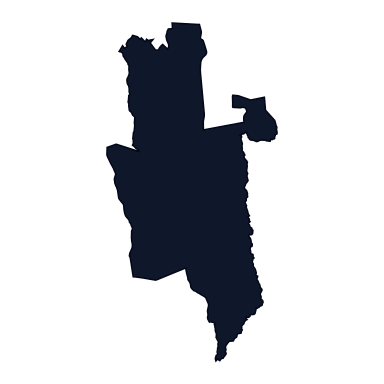 Ol Kalou, Central, Kenya (Albers equal-area conic projection)
{"feature_id": "3690345B95130653030363", "entity_name": "Ol Kalou", "entity_type": "district", "adm_level": 2, "iso_a3": "KEN", "parent_name": "Kenya", "parent_adm1": "Central", "projection": "albers", "projection_center": [36.373, -0.309], "detail": "fine", "context": "isolated", "style": "filled", "palette": "ink", "viewbox_px": 384, "rotation_deg": 0, "n_neighbors": 0, "source": "geoboundaries", "source_scale": "gbopen_adm2", "svg_char_len": 6025}
<svg xmlns="http://www.w3.org/2000/svg" viewBox="0 0 384 384"><path d="M215.9,361.0L217.0,359.9L217.3,358.9L218.2,359.4L218.8,360.0L219.8,360.7L220.7,359.4L221.6,358.5L223.1,358.3L224.1,356.6L224.8,355.9L225.9,354.4L226.2,353.3L225.4,352.0L225.6,350.7L226.0,349.8L225.8,348.8L225.5,347.8L225.7,345.9L228.6,341.9L229.6,341.2L232.1,341.1L233.4,340.9L234.3,338.9L235.2,338.0L236.3,337.4L236.8,336.6L237.0,335.3L237.5,333.9L238.9,333.5L240.2,333.3L241.2,333.0L241.3,331.6L241.7,330.7L242.3,329.9L241.8,329.0L241.6,328.2L241.8,327.0L241.6,326.1L242.3,325.2L243.9,323.7L244.2,322.3L244.9,321.2L245.8,320.2L247.1,319.6L245.6,317.8L246.5,317.2L248.4,317.4L249.3,316.9L250.0,316.2L250.1,315.1L251.3,314.5L252.7,314.6L253.8,314.4L254.7,313.9L255.2,313.0L255.6,311.0L255.9,310.2L256.1,308.3L257.1,308.3L258.0,307.7L259.0,307.3L259.9,306.2L261.1,305.8L262.0,305.3L262.3,304.4L262.5,303.4L263.1,302.3L262.6,300.4L261.6,299.6L260.8,298.7L261.1,297.4L261.0,296.2L260.6,295.4L260.3,294.5L260.4,293.3L261.9,290.6L262.0,289.5L260.5,287.6L259.9,285.8L259.7,284.5L258.9,283.6L258.0,281.1L257.2,280.1L256.8,278.8L257.4,277.5L257.7,276.2L256.6,275.8L256.1,275.1L255.8,274.3L256.3,273.1L256.1,272.1L255.4,269.7L254.8,268.4L253.4,266.7L253.2,263.9L252.5,262.5L252.2,261.0L252.9,259.9L252.9,258.7L254.0,258.0L252.8,256.2L253.2,255.1L252.8,254.3L250.7,253.7L250.7,251.4L250.0,248.8L250.7,247.4L250.6,246.1L252.0,246.3L252.3,245.0L252.1,243.7L251.2,242.8L251.1,241.3L250.6,238.9L250.0,237.8L249.1,237.3L249.1,236.4L248.6,235.2L249.5,234.7L250.6,234.8L251.8,234.6L252.6,233.5L252.9,230.4L252.0,229.1L251.6,228.0L249.8,226.7L249.6,225.1L248.7,224.3L248.6,223.0L250.1,221.6L249.1,220.5L249.4,219.1L248.4,218.1L248.2,216.6L249.4,215.8L248.8,215.0L247.9,212.8L247.8,211.8L246.1,206.9L246.6,205.7L245.9,204.4L245.0,202.2L246.3,200.5L246.2,198.1L247.2,197.4L247.7,196.5L247.4,195.5L247.5,193.4L246.5,190.5L244.9,188.9L244.2,187.7L245.4,184.9L245.7,183.8L247.4,181.7L248.1,180.3L247.6,179.2L247.4,177.9L247.0,176.7L247.0,175.5L247.3,174.5L247.7,173.4L246.7,171.4L246.7,170.3L247.2,166.5L247.2,165.3L246.8,164.0L247.3,163.0L247.4,162.0L246.5,161.5L246.6,160.5L245.8,160.0L245.2,159.1L244.4,158.3L244.2,157.2L243.9,156.1L244.9,155.1L243.6,152.4L242.0,150.5L242.2,149.4L242.3,148.4L242.0,146.5L242.0,145.6L242.4,143.8L241.6,141.0L241.0,139.5L241.1,138.2L241.7,136.9L239.9,135.4L240.4,134.6L241.4,135.0L241.8,133.8L242.5,133.1L243.0,134.0L244.1,133.6L245.0,132.4L246.3,132.1L246.2,133.0L246.9,133.5L247.5,135.4L248.1,136.2L248.1,137.3L248.8,137.9L249.3,138.9L250.3,139.9L251.5,140.1L252.6,140.2L254.0,140.5L256.2,141.5L257.4,141.5L258.2,141.2L259.9,140.3L260.9,140.1L265.2,140.2L266.3,140.8L270.1,141.3L270.8,139.0L272.1,139.7L273.0,138.9L273.9,139.0L274.7,138.5L274.6,136.9L275.3,135.5L275.0,134.7L275.8,134.3L276.8,134.1L277.1,132.9L276.8,130.5L276.4,129.4L276.8,128.0L276.8,126.8L276.1,125.8L275.8,124.2L274.7,120.4L265.5,110.2L264.4,97.2L250.7,100.0L238.2,95.7L232.8,95.2L232.5,96.1L232.7,103.9L232.6,106.4L232.9,107.4L240.3,107.8L242.8,107.3L243.7,107.4L245.0,107.8L246.0,108.8L246.3,110.0L246.8,110.7L246.7,112.0L244.3,115.2L243.8,116.9L243.7,120.2L244.0,121.3L244.0,122.3L203.4,129.9L203.3,121.4L204.2,116.5L204.3,114.3L200.5,73.2L200.3,70.0L200.4,67.8L200.7,62.6L201.2,60.4L202.2,58.5L203.0,57.4L205.7,54.8L206.3,53.7L206.6,52.5L206.5,51.4L204.5,44.6L203.1,40.5L202.2,39.7L201.4,39.4L200.6,38.6L200.4,37.6L201.2,33.5L201.3,32.3L201.2,31.2L199.4,24.4L197.3,24.4L172.1,23.0L172.4,27.1L172.3,28.4L170.8,28.9L169.4,28.8L168.3,29.0L167.2,31.2L167.0,32.6L166.0,36.1L166.7,40.0L168.4,43.9L168.7,45.0L168.7,46.4L168.2,48.0L167.3,48.9L162.7,44.4L161.5,45.4L160.0,47.1L158.5,49.6L157.8,50.2L156.7,50.0L155.6,50.2L150.2,42.9L153.0,39.5L149.8,40.1L148.9,40.7L146.5,39.2L146.0,40.3L145.8,41.3L144.9,41.6L141.3,37.9L140.2,39.5L137.6,36.8L133.7,35.6L132.5,35.4L131.7,37.2L131.1,37.9L128.2,40.2L127.7,41.0L126.2,44.3L127.2,46.5L124.5,48.3L122.6,45.7L119.1,51.5L120.1,51.8L121.2,52.0L122.1,52.7L122.9,53.5L123.1,55.6L123.5,56.6L124.8,58.3L125.2,59.4L125.7,60.1L126.3,60.7L126.7,61.5L127.4,62.3L127.9,63.1L128.0,64.2L129.0,66.0L128.9,69.4L129.0,70.9L129.3,72.3L129.2,73.7L128.9,74.8L127.7,77.8L127.1,78.7L126.9,80.3L127.2,82.9L127.6,84.1L128.5,85.7L128.9,86.8L129.2,89.3L129.1,90.7L129.2,91.7L129.3,92.6L129.8,93.8L129.5,94.8L128.7,95.6L128.7,97.2L128.5,98.7L128.5,99.8L128.1,101.9L128.4,102.9L128.9,104.0L128.7,105.3L129.3,110.3L130.0,111.3L131.3,112.2L132.7,115.2L133.9,116.1L134.7,117.3L134.8,118.3L134.6,119.6L134.6,120.9L134.4,121.8L134.4,122.9L134.7,125.7L134.2,130.2L134.3,131.4L133.5,132.2L132.8,138.8L133.3,139.7L133.2,141.0L133.4,143.0L132.5,145.3L133.7,146.0L135.7,148.1L136.4,148.7L137.5,149.4L138.6,150.3L139.0,151.5L116.2,144.2L107.1,147.4L106.9,155.0L107.6,156.9L110.8,163.6L113.3,168.1L114.3,170.6L115.6,173.5L115.6,174.7L114.7,177.4L114.3,179.5L114.6,180.8L114.8,182.9L115.1,183.8L115.8,185.8L116.4,186.8L117.6,190.3L118.6,197.5L118.9,198.6L120.8,201.2L122.7,203.4L123.5,204.7L123.8,206.2L124.0,209.5L124.6,212.9L125.1,214.5L125.7,216.0L126.6,217.2L128.5,219.4L129.2,220.4L129.4,221.9L130.0,222.9L130.9,223.7L131.1,225.2L132.1,227.2L132.4,228.3L132.4,229.2L131.6,231.0L131.5,236.6L131.4,237.9L131.6,239.1L131.7,240.9L132.2,243.2L132.4,246.0L132.0,248.1L129.8,253.2L129.4,255.5L129.6,256.6L130.2,257.4L133.2,276.8L135.2,276.9L143.2,278.0L155.3,280.1L156.3,280.0L185.6,268.0L186.4,272.1L187.1,275.1L187.8,277.5L188.0,279.7L189.8,282.3L190.5,284.3L190.6,285.8L191.0,287.6L192.5,289.4L193.8,290.6L195.8,291.3L197.7,292.8L199.1,293.3L200.1,294.1L203.3,295.9L205.7,297.5L208.4,303.8L208.6,305.5L207.6,310.1L207.5,311.3L208.0,314.3L207.9,315.8L207.5,317.7L207.9,319.3L209.4,322.1L210.6,321.8L214.0,322.7L214.9,323.7L214.3,324.8L214.9,325.8L214.9,327.4L215.4,328.9L215.2,330.4L215.8,332.3L216.3,333.4L216.4,334.6L216.1,337.6L216.8,338.2L216.9,339.1L218.3,341.4L218.3,342.5L218.0,343.6L217.9,344.5L218.2,346.3L217.7,347.5L217.4,350.5L217.1,352.0L217.7,354.4L216.2,355.4L215.5,357.7L215.3,358.9L215.9,361.0Z" fill="#0f172a" stroke="#020617" stroke-width="1.5"/></svg>